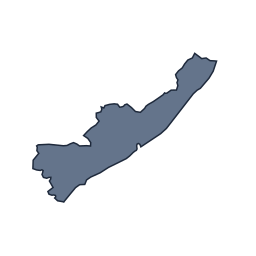 Hambantŏṭa, orthographic projection, rotated 346°
{"feature_id": "LKA-2465", "entity_name": "Hambantŏṭa", "entity_type": "District", "adm_level": 1, "iso_a3": "LKA", "parent_name": "Sri Lanka", "parent_adm1": "", "projection": "orthographic", "projection_center": [81.085, 6.277], "detail": "fine", "context": "isolated", "style": "filled", "palette": "slate", "viewbox_px": 256, "rotation_deg": 346, "n_neighbors": 0, "source": "natural_earth", "source_scale": "10m", "svg_char_len": 1593}
<svg xmlns="http://www.w3.org/2000/svg" viewBox="0 0 256 256"><g transform="rotate(346 128 128)"><path d="M230.1,84.5L224.4,93.5L218.6,99.3L207.8,107.0L204.3,108.0L199.6,110.6L165.2,137.7L158.3,141.4L135.9,149.4L135.6,146.7L134.3,145.5L134.2,145.5L133.9,145.6L132.8,145.9L132.1,147.4L131.7,150.5L130.7,151.7L129.1,152.1L126.9,153.1L122.9,155.5L118.9,157.3L99.6,161.5L90.2,164.7L79.9,166.6L75.2,168.4L72.4,172.3L67.4,171.3L64.3,172.5L62.6,173.2L55.4,178.5L48.3,183.8L47.8,184.3L46.8,183.7L42.1,181.6L39.9,178.2L41.2,177.4L41.3,175.9L39.7,175.0L37.9,174.8L35.3,173.1L34.9,170.2L40.9,167.6L38.9,160.4L40.6,158.9L41.2,157.2L39.2,156.8L37.0,157.1L34.0,155.5L33.3,152.3L34.4,150.6L35.3,148.7L34.3,147.7L32.7,148.0L29.2,146.6L25.9,144.4L28.2,136.3L35.3,131.0L34.1,128.0L35.3,124.7L35.0,123.3L36.8,122.6L47.4,124.7L61.0,129.6L64.6,130.2L68.1,129.4L71.6,129.0L74.5,131.2L76.6,133.7L83.4,135.1L87.3,136.4L88.3,133.1L86.5,128.4L83.1,124.6L87.7,121.6L92.4,119.0L97.6,117.3L101.6,114.3L99.8,110.1L100.8,105.9L103.1,105.9L105.6,105.7L107.1,103.5L107.1,101.1L109.4,102.7L111.1,100.7L115.8,100.6L120.4,101.2L123.6,102.4L125.0,105.8L126.8,106.0L128.8,105.9L130.5,104.7L132.8,104.5L136.3,109.0L139.2,113.8L143.8,115.8L148.9,113.0L150.7,111.2L153.5,110.0L158.9,108.5L170.0,104.3L172.0,102.8L172.4,103.3L174.1,103.6L179.0,101.7L184.2,102.9L186.6,99.0L186.6,97.3L186.5,95.8L187.3,94.7L188.1,93.3L187.2,90.8L187.1,87.7L190.8,84.8L195.2,82.8L198.5,79.5L202.5,76.5L207.4,75.6L210.8,71.7L216.3,78.5L218.4,78.7L220.8,79.0L223.9,82.5L228.4,83.9L230.1,84.5Z" fill="#64748b" stroke="#1e293b" stroke-width="1.5"/></g></svg>